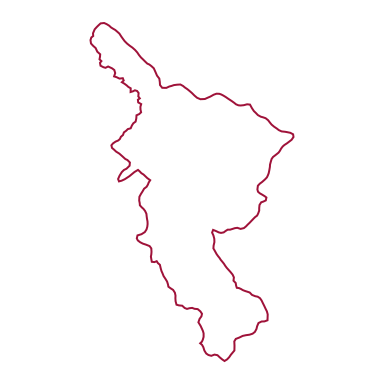 Uruana de Minas, Minas Gerais, Brazil (orthographic projection)
{"feature_id": "56859067B46615656521391", "entity_name": "Uruana de Minas", "entity_type": "district", "adm_level": 2, "iso_a3": "BRA", "parent_name": "Brazil", "parent_adm1": "Minas Gerais", "projection": "orthographic", "projection_center": [-46.329, -16.099], "detail": "fine", "context": "isolated", "style": "outline", "palette": "rose", "viewbox_px": 384, "rotation_deg": 0, "n_neighbors": 0, "source": "geoboundaries", "source_scale": "gbopen_adm2", "svg_char_len": 4506}
<svg xmlns="http://www.w3.org/2000/svg" viewBox="0 0 384 384"><path d="M100.6,23.4L98.3,25.5L96.7,27.1L94.7,29.3L93.0,33.3L93.2,36.0L91.3,37.5L90.5,40.1L91.0,43.5L93.2,45.9L95.6,48.0L97.3,51.7L100.2,54.3L100.0,56.8L99.5,59.3L101.4,61.1L100.0,62.8L100.5,65.7L103.4,67.2L105.5,67.8L108.1,66.5L112.0,68.3L114.3,70.0L115.2,73.1L114.1,76.4L116.6,77.2L119.5,78.6L122.8,78.2L123.7,80.5L121.9,82.2L124.4,83.7L126.7,85.4L128.3,86.9L130.7,88.3L130.6,92.0L133.0,91.3L134.9,90.3L137.1,91.0L138.6,93.0L138.3,96.4L139.8,98.4L137.9,99.7L138.2,102.4L141.2,104.1L140.4,106.8L140.5,109.6L141.1,112.3L139.2,114.1L136.5,115.3L136.3,118.4L135.6,121.6L133.3,123.3L131.9,125.5L130.7,128.3L127.8,129.1L126.1,130.8L123.9,132.4L123.0,135.0L120.9,136.8L119.9,139.0L118.2,140.5L115.6,141.6L113.0,143.4L111.4,145.3L112.0,147.9L114.0,149.6L116.1,151.6L119.3,153.6L122.7,156.6L125.3,159.0L127.4,160.0L129.9,162.5L129.6,165.7L126.5,168.7L123.9,170.0L121.8,172.1L119.6,175.6L118.1,179.0L119.0,181.4L121.6,180.7L124.8,179.2L129.4,176.2L132.8,173.4L134.5,172.0L138.0,169.9L139.6,171.3L141.4,173.2L143.5,174.5L145.3,176.2L147.3,178.1L150.2,180.2L148.7,182.5L147.9,184.6L146.6,186.8L144.1,188.7L142.5,191.5L140.9,194.0L139.4,196.8L139.2,200.6L139.7,203.0L139.9,205.3L141.8,207.4L143.4,208.8L145.1,211.0L146.4,213.8L146.7,216.6L147.0,218.8L147.5,221.4L147.6,224.0L147.3,226.7L146.5,229.5L144.8,232.1L141.5,234.2L137.5,235.4L136.8,238.4L137.8,240.4L140.1,242.2L142.8,243.6L146.1,244.7L149.6,246.1L151.3,248.4L151.5,251.9L151.3,254.4L150.9,256.6L151.3,259.1L151.8,261.8L154.4,262.1L156.7,261.2L157.9,263.1L159.9,264.8L160.7,268.3L161.5,271.1L162.5,273.3L163.6,276.1L165.4,278.8L167.1,281.6L168.0,284.5L168.4,286.7L170.6,288.3L173.1,289.9L174.9,292.7L175.5,295.6L175.4,298.3L175.6,301.3L176.5,304.7L179.0,305.4L182.2,305.7L184.7,308.0L187.0,308.9L189.5,308.2L192.2,307.9L194.5,308.8L197.7,309.1L200.4,311.4L202.0,313.8L201.4,316.4L199.6,318.8L198.4,322.3L200.6,325.9L202.0,328.9L203.0,331.2L203.6,333.4L203.6,336.9L202.8,339.7L201.9,341.7L200.2,343.3L202.0,344.8L203.3,347.1L204.4,350.6L206.2,353.5L208.4,355.0L211.3,355.8L214.5,354.6L217.5,355.2L219.7,357.3L222.2,359.4L224.5,361.0L227.1,359.4L229.2,357.2L230.9,354.7L232.5,352.8L234.4,350.5L234.5,345.7L234.3,341.4L235.8,338.9L239.2,337.6L242.7,335.9L245.9,335.2L249.5,334.7L252.6,333.7L254.9,331.9L256.5,328.9L257.1,326.3L258.5,323.0L261.6,321.5L264.5,321.4L267.5,320.3L267.7,314.4L266.9,311.4L265.7,309.0L264.1,305.6L262.6,302.6L261.6,300.5L260.0,298.2L257.7,296.7L255.2,296.2L252.0,294.9L249.7,292.5L247.3,291.7L245.1,291.0L242.8,290.1L241.0,289.0L239.0,288.1L236.8,287.8L236.1,285.6L235.7,283.0L233.5,280.7L233.9,277.4L232.6,274.6L230.4,271.9L228.6,269.9L226.8,267.9L225.3,265.9L223.9,263.7L222.3,261.7L220.7,259.8L219.5,257.9L218.1,256.2L216.6,254.1L215.0,251.2L213.4,248.4L213.6,245.6L214.4,242.1L214.3,238.8L213.4,235.4L212.1,232.6L213.1,229.9L215.9,231.0L218.8,232.4L221.0,232.9L223.7,232.4L225.7,230.9L227.6,229.7L230.0,229.7L232.6,228.9L234.7,228.2L237.3,227.8L240.6,228.9L243.9,228.1L246.0,226.4L247.6,224.7L249.6,222.8L251.5,220.8L253.4,218.8L255.1,217.1L257.1,215.6L258.2,213.4L259.2,210.6L259.2,208.1L259.5,205.0L261.2,202.3L263.3,201.6L265.8,200.4L266.4,197.5L264.7,196.2L262.1,194.6L259.8,193.3L258.0,191.7L257.4,189.4L257.9,185.7L259.9,183.6L262.2,181.9L264.9,179.5L266.9,177.4L267.9,175.3L268.7,173.2L269.3,170.3L269.9,166.9L270.0,164.7L270.8,161.7L271.6,159.0L273.0,157.0L275.1,155.4L277.0,153.9L278.6,152.6L279.9,150.8L281.1,148.6L282.7,146.5L284.4,145.0L287.0,143.3L289.1,141.7L291.6,139.8L293.5,137.0L293.1,134.3L290.3,132.8L287.4,132.2L285.3,131.8L281.6,131.4L278.8,130.1L276.9,128.6L274.1,126.7L271.6,124.6L270.1,122.8L268.1,120.2L265.6,118.2L263.0,117.3L260.8,116.7L257.9,115.1L255.7,112.8L253.9,111.1L251.9,108.1L250.0,104.6L247.1,104.3L243.7,105.2L240.5,105.5L238.4,105.3L236.0,104.3L234.3,102.9L231.8,101.1L228.3,98.8L225.7,97.0L223.4,95.6L221.3,94.5L219.3,93.8L216.5,93.7L213.7,94.7L210.3,96.6L207.5,97.8L204.9,99.0L200.4,99.2L197.1,97.8L194.5,95.6L191.9,93.0L189.6,91.0L187.4,89.2L184.9,87.5L183.1,86.0L180.4,84.5L177.1,84.7L173.9,85.1L171.6,85.9L169.3,86.5L166.3,87.9L162.2,87.8L160.0,85.0L159.8,81.9L159.3,78.6L157.0,75.6L155.5,72.1L153.8,68.3L151.4,66.1L149.3,64.5L147.3,63.6L145.4,61.8L142.9,59.3L140.9,57.4L138.9,54.9L137.3,52.5L135.1,50.0L132.4,47.6L129.7,45.7L127.1,43.6L124.7,41.2L123.2,39.2L121.4,36.7L119.4,33.6L117.6,32.0L115.3,30.0L112.9,28.6L111.0,27.4L109.2,25.7L106.6,24.1L104.1,23.0L100.6,23.4Z" fill="none" stroke="#9f1239" stroke-width="2"/></svg>